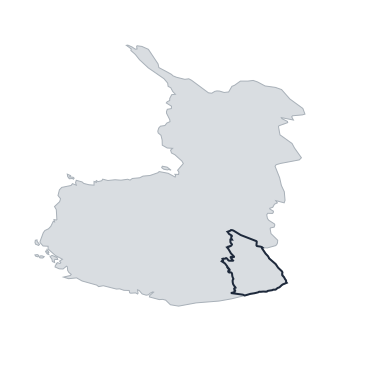 location of North Karelia within Finland, rotated 24°
{"feature_id": "FIN-3190", "entity_name": "North Karelia", "entity_type": "Province", "adm_level": 1, "iso_a3": "FIN", "parent_name": "Finland", "parent_adm1": "", "projection": "equal_earth", "projection_center": [29.553, 62.804], "detail": "fine", "context": "in_parent", "style": "outline", "palette": "slate", "viewbox_px": 384, "rotation_deg": 24, "n_neighbors": 0, "source": "natural_earth", "source_scale": "10m", "svg_char_len": 6197}
<svg xmlns="http://www.w3.org/2000/svg" viewBox="0 0 384 384"><g transform="rotate(24 192 192)"><path d="M145.8,161.3L143.6,156.7L140.6,152.8L137.1,151.8L136.0,150.3L135.6,147.1L136.4,144.7L140.2,142.3L141.0,139.2L143.3,136.7L142.3,135.0L136.7,130.4L136.0,129.0L135.8,126.5L139.2,124.2L138.4,122.0L132.3,121.1L132.6,119.7L134.4,117.5L133.6,115.5L133.9,111.3L137.1,109.5L133.5,108.0L130.2,105.4L127.2,105.2L125.5,102.4L120.3,99.9L101.6,96.4L90.2,92.5L84.3,89.4L78.6,87.6L78.3,86.0L72.4,84.7L73.6,83.9L78.3,83.9L82.1,84.6L83.6,83.7L82.1,81.3L82.5,80.7L87.0,79.4L94.1,79.4L108.9,88.8L111.1,91.8L125.6,92.9L127.1,93.6L131.1,93.5L139.6,92.0L143.0,89.9L146.1,90.1L166.7,94.7L169.9,93.7L171.9,90.8L173.7,89.5L176.1,88.6L180.9,88.0L184.8,85.7L185.5,79.2L187.4,77.3L191.1,71.0L197.7,68.1L202.5,65.2L207.2,64.8L215.6,65.4L225.7,62.5L232.2,62.0L243.5,67.2L259.3,70.6L263.5,74.9L261.4,76.7L252.8,81.5L252.5,82.8L255.4,85.0L243.3,87.7L244.1,88.4L250.5,88.7L251.2,89.7L244.6,96.0L244.4,97.1L249.1,104.0L263.7,107.0L267.7,110.1L278.0,116.2L277.0,119.0L261.4,129.8L257.8,132.8L257.4,134.7L266.3,143.4L271.0,149.7L276.2,154.2L280.4,161.8L280.6,164.4L272.0,165.8L274.4,167.2L272.3,169.6L272.0,173.1L269.6,175.3L270.1,175.9L274.2,176.4L274.6,177.9L274.2,178.9L269.9,180.6L269.5,182.4L271.7,185.5L273.6,186.6L280.2,187.6L281.1,188.4L281.3,190.7L278.3,192.9L278.3,193.8L281.1,197.9L289.9,201.2L290.8,203.7L290.8,205.4L290.3,206.9L283.5,212.5L278.5,214.3L288.4,220.4L306.3,228.3L314.1,235.1L314.7,236.9L309.0,245.5L306.7,247.8L292.2,257.5L271.6,273.5L261.1,280.6L240.9,291.6L226.2,301.7L218.1,303.8L212.0,301.5L208.9,302.0L205.9,303.6L195.8,305.2L195.5,303.6L197.7,299.1L196.8,299.2L195.0,301.3L194.0,303.7L192.1,304.9L187.9,305.4L183.9,303.5L182.0,303.5L183.9,306.4L183.8,307.3L181.6,307.1L177.1,309.4L176.0,309.4L174.7,307.5L169.8,309.5L165.3,309.9L162.5,311.4L149.1,313.7L145.2,316.4L142.8,315.8L127.7,318.0L121.5,317.4L114.5,321.4L109.2,322.0L114.8,317.8L115.2,316.4L112.3,315.6L110.3,314.2L108.5,311.0L107.5,310.8L105.5,314.8L101.9,316.2L97.4,316.2L97.0,314.4L97.8,312.8L97.2,312.5L97.9,311.2L100.2,311.1L100.8,310.5L100.8,309.7L99.1,309.0L101.0,306.1L93.1,305.6L83.7,302.6L82.6,300.1L77.9,301.9L73.8,300.0L73.3,298.9L72.7,289.6L73.3,287.0L75.9,283.9L77.0,280.8L77.2,275.2L78.6,275.2L77.1,273.3L79.4,272.8L79.8,272.2L75.2,263.3L72.3,261.2L75.0,254.8L74.9,253.4L74.6,251.6L71.0,249.7L70.0,244.0L71.1,240.8L78.9,235.2L79.4,233.0L83.6,232.8L81.8,230.8L81.5,228.4L87.5,227.5L89.6,228.2L94.9,227.3L99.7,225.6L98.2,222.2L100.6,222.1L99.8,221.3L100.0,220.4L101.9,220.8L105.0,218.4L105.2,216.6L110.5,215.7L116.7,212.1L122.3,210.1L128.1,206.5L130.6,206.3L132.0,203.9L138.4,200.3L140.8,197.4L146.9,194.0L153.0,188.3L153.7,186.7L162.6,184.6L170.5,185.2L170.4,183.7L169.2,182.8L172.6,181.4L171.9,179.1L170.0,178.0L172.5,169.5L170.1,167.8L161.1,164.9L157.4,164.7L155.4,162.5L156.5,160.0L151.4,161.9L145.8,161.3ZM89.9,306.8L95.4,306.8L96.8,308.3L94.2,309.3L94.0,310.5L95.2,312.3L92.7,312.3L91.2,310.2L88.6,308.8L89.9,306.8ZM160.6,181.8L157.1,182.7L154.4,182.1L154.4,180.5L159.2,179.4L164.0,180.6L161.6,180.9L160.6,181.8ZM74.4,226.4L74.1,227.9L77.4,226.9L78.7,227.3L78.4,228.6L77.3,228.3L74.5,229.8L72.2,228.5L70.8,226.4L74.4,226.4ZM74.0,301.9L73.6,303.2L70.3,303.3L69.1,302.0L68.5,299.8L69.9,298.8L70.6,300.1L74.0,301.9ZM86.7,307.4L84.9,307.5L82.6,306.1L82.3,305.6L83.3,305.2L82.9,303.6L84.8,304.5L85.8,305.5L84.7,305.8L86.7,307.4ZM82.5,313.0L80.0,314.0L79.1,313.7L79.4,312.1L80.9,311.3L83.3,311.2L82.5,313.0ZM77.5,313.9L75.3,314.2L74.1,313.4L76.1,312.1L77.7,312.2L78.0,313.0L77.5,313.9Z" fill="#d9dde1" stroke="#a8b0b8" stroke-width="1"/><path d="M278.6,214.0L278.2,214.2L278.7,214.9L284.3,218.4L287.5,219.7L289.0,220.8L289.4,221.3L290.1,221.5L297.8,223.8L301.4,226.1L306.2,227.8L306.8,228.2L307.3,228.6L307.5,229.2L307.5,229.7L307.7,230.2L308.0,230.8L308.2,231.2L308.8,231.6L310.3,232.2L311.0,232.6L312.5,233.8L313.1,234.1L313.4,234.2L314.0,234.7L314.3,235.4L314.7,236.0L315.5,236.4L313.5,238.5L312.5,239.5L311.8,240.7L310.8,243.2L310.4,243.8L309.4,244.7L309.0,245.3L308.4,246.7L308.0,247.2L307.5,247.5L306.3,248.0L305.9,248.2L305.7,248.5L305.2,249.1L301.9,251.2L301.6,251.4L301.0,252.4L300.6,252.7L300.2,253.0L297.5,254.0L295.4,255.2L294.5,255.5L294.1,255.7L293.8,255.9L293.2,256.8L290.2,259.1L286.9,261.2L282.3,265.1L280.2,265.1L268.6,268.5L270.7,266.9L271.6,265.8L271.5,265.3L271.2,265.1L271.6,264.6L271.5,264.4L270.0,263.5L269.8,263.1L269.9,262.7L270.2,262.3L270.7,261.7L270.2,261.3L269.5,261.0L268.1,260.2L266.9,259.3L266.1,258.2L265.7,257.5L265.2,256.6L265.0,255.5L265.2,254.9L265.0,254.3L264.5,254.0L263.7,253.2L263.3,252.8L262.7,251.9L261.9,250.5L261.2,249.8L260.2,249.6L259.6,249.8L259.1,250.3L258.7,250.4L257.9,250.3L257.7,250.1L257.8,249.6L257.7,249.6L257.3,249.5L257.3,249.1L257.4,248.8L257.6,248.4L257.8,248.0L258.0,247.8L257.8,247.6L255.9,247.1L255.6,246.9L256.2,246.7L255.0,246.1L254.5,245.7L254.3,245.5L253.7,245.2L253.3,245.0L251.3,243.9L250.9,243.8L247.3,243.2L247.5,242.7L247.8,242.4L248.0,242.3L248.3,242.1L247.0,240.7L247.7,240.1L248.9,239.7L249.4,239.4L250.0,238.5L250.6,238.5L251.6,238.8L252.5,239.4L253.6,239.7L254.3,239.5L257.3,238.2L257.4,237.9L256.3,237.5L255.6,237.2L255.1,236.6L254.3,236.3L254.0,236.1L253.8,235.8L253.9,235.6L254.1,235.7L254.5,235.8L254.9,235.8L255.1,235.8L255.2,235.7L254.8,235.4L254.6,235.3L254.8,235.1L255.1,234.9L256.4,234.5L256.7,234.3L256.6,233.9L252.5,232.2L248.8,229.5L247.7,228.9L247.1,228.6L246.5,228.3L247.4,227.5L247.5,227.4L247.2,227.3L247.3,227.1L248.5,226.6L248.6,226.4L248.4,226.3L248.5,226.1L249.3,225.6L249.5,225.2L249.7,224.9L249.7,224.3L249.8,224.1L249.9,223.8L249.7,223.5L248.6,223.0L248.0,222.6L247.5,222.2L247.2,221.6L247.0,221.0L246.7,220.5L246.5,220.2L246.4,219.7L246.6,219.5L247.1,219.3L247.6,219.3L247.9,219.2L247.5,218.9L246.9,218.6L246.5,218.0L246.3,217.3L245.9,216.4L246.3,216.0L246.1,215.7L245.7,215.6L245.0,215.5L243.2,215.3L242.6,215.1L241.3,214.2L240.6,213.9L242.5,212.0L242.9,211.5L243.0,211.2L243.1,210.9L244.3,210.5L245.6,210.4L254.0,211.5L270.7,210.7L271.0,210.8L271.4,211.1L272.5,214.4L272.7,214.6L273.1,214.9L273.3,214.9L273.6,214.9L277.0,214.0L278.3,213.9L278.6,214.0L278.6,214.0Z" fill="none" stroke="#1e293b" stroke-width="2"/></g></svg>